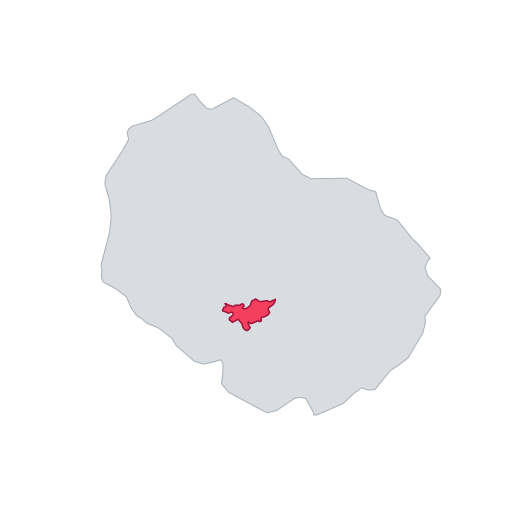 where Studeničani sits in North Macedonia, rotated 233°
{"feature_id": "MKD-2912", "entity_name": "Studeničani", "entity_type": "Statistical Region", "adm_level": 1, "iso_a3": "MKD", "parent_name": "North Macedonia", "parent_adm1": "", "projection": "equal_earth", "projection_center": [21.451, 41.794], "detail": "fine", "context": "in_parent", "style": "filled", "palette": "rose", "viewbox_px": 512, "rotation_deg": 233, "n_neighbors": 0, "source": "natural_earth", "source_scale": "10m", "svg_char_len": 2525}
<svg xmlns="http://www.w3.org/2000/svg" viewBox="0 0 512 512"><g transform="rotate(233 256 256)"><path d="M233.1,138.4L240.8,139.3L257.6,134.7L268.1,128.3L273.4,127.3L280.5,124.8L290.7,125.2L301.1,128.0L314.2,124.3L327.1,118.3L332.3,119.8L337.9,124.9L341.6,126.3L363.1,153.3L374.9,164.3L388.9,172.6L404.7,178.7L410.4,184.5L420.7,213.4L425.6,224.3L432.3,227.6L434.0,230.7L434.3,234.9L426.9,255.2L424.2,300.9L422.3,304.5L414.4,304.3L403.9,305.3L399.9,308.8L395.8,333.4L378.9,340.4L363.5,344.4L350.5,343.5L327.7,337.7L320.2,337.0L313.8,340.4L293.5,342.1L284.6,346.4L263.6,375.2L242.3,385.2L235.1,390.2L218.8,383.8L211.0,383.2L199.8,390.5L175.1,391.3L168.4,392.6L149.4,393.7L148.6,389.7L145.1,383.9L136.2,381.2L118.1,383.5L113.7,379.3L106.3,354.8L100.5,350.9L94.0,342.7L83.1,316.1L82.9,304.5L83.7,294.4L77.7,270.6L81.5,264.7L87.2,260.9L87.3,251.3L85.7,236.8L92.6,208.4L94.4,206.4L96.1,207.7L112.3,210.0L116.5,206.4L119.2,200.8L120.1,180.0L124.0,170.4L163.2,152.2L174.7,151.5L183.5,159.9L190.5,165.3L194.7,165.1L196.3,159.7L201.0,149.3L209.1,143.4L232.9,138.3L233.1,138.4Z" fill="#d9dde1" stroke="#a8b0b8" stroke-width="1"/><path d="M204.0,233.2L203.0,232.9L202.6,232.8L201.9,230.7L201.9,228.6L202.5,225.9L203.5,224.0L202.9,222.3L201.7,221.8L201.0,221.1L201.2,219.7L201.7,219.1L202.6,219.1L203.2,218.8L203.5,216.8L204.3,213.2L204.8,211.7L206.2,210.6L207.5,210.6L207.7,209.7L207.0,209.0L205.9,208.9L204.0,208.3L202.3,208.3L201.7,206.6L201.7,204.3L202.6,203.2L204.8,202.6L206.7,202.6L208.1,203.0L210.3,204.0L213.8,203.8L216.1,203.7L216.5,202.2L217.0,199.1L217.1,196.9L217.2,197.1L217.6,197.1L218.8,197.1L220.0,196.4L221.4,196.4L222.6,197.9L222.6,200.0L222.6,201.8L223.0,202.7L224.7,203.3L225.7,202.8L226.2,201.9L226.5,200.8L226.9,199.8L227.6,199.0L228.4,198.8L229.3,198.2L230.1,197.9L231.0,197.1L232.0,196.5L232.1,196.4L232.8,196.7L233.6,198.1L234.4,199.7L234.0,200.2L233.7,201.3L234.0,202.3L234.9,202.5L236.3,202.5L235.9,203.5L234.1,204.1L232.8,204.9L231.4,206.1L229.5,207.0L229.2,209.6L228.3,211.3L227.2,212.2L226.5,213.2L226.5,214.9L226.2,216.0L225.6,216.7L224.3,216.8L223.5,216.6L223.2,216.1L223.1,214.9L222.9,214.1L221.8,214.1L220.7,215.3L219.8,217.3L219.9,219.6L219.9,221.2L220.4,222.4L222.1,224.6L222.7,225.9L222.3,227.2L222.0,228.3L222.0,229.8L220.8,230.3L218.1,231.1L216.7,232.3L215.8,234.0L215.0,235.5L214.2,237.3L213.2,238.3L211.6,238.9L210.9,239.9L210.5,242.4L209.8,244.7L209.7,245.2L208.4,244.1L206.9,240.8L206.9,239.0L206.9,234.6L205.6,233.2L204.0,233.2Z" fill="#f43f5e" stroke="#9f1239" stroke-width="1.5"/></g></svg>